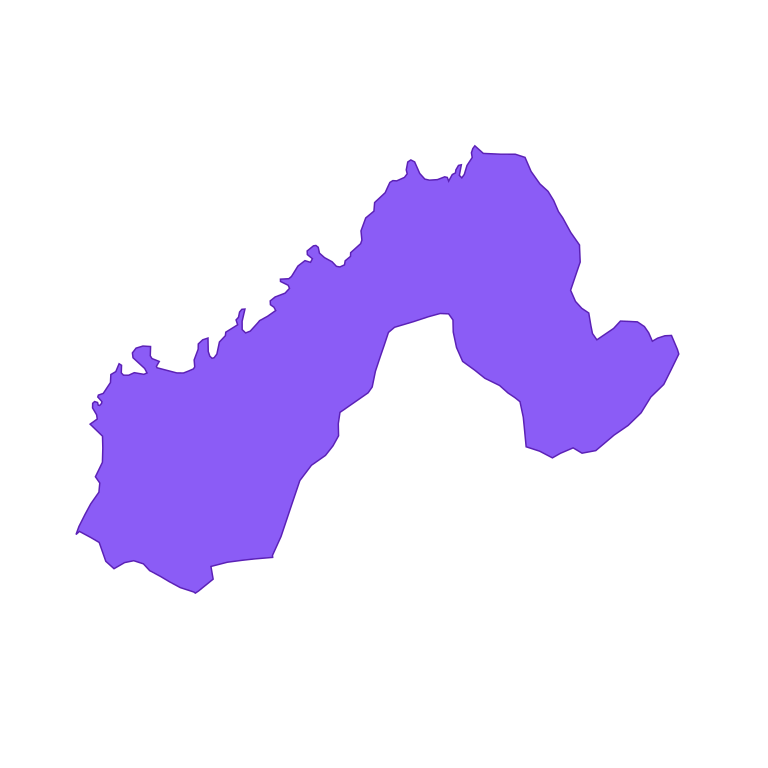 Chongjin City, Hamgyŏng-bukto, North Korea, rotated 198°
{"feature_id": "82179303B21659587132529", "entity_name": "Chongjin City", "entity_type": "district", "adm_level": 2, "iso_a3": "PRK", "parent_name": "North Korea", "parent_adm1": "Hamgyŏng-bukto", "projection": "orthographic", "projection_center": [129.876, 42.022], "detail": "fine", "context": "isolated", "style": "filled", "palette": "violet", "viewbox_px": 768, "rotation_deg": 198, "n_neighbors": 0, "source": "geoboundaries", "source_scale": "gbopen_adm2", "svg_char_len": 3231}
<svg xmlns="http://www.w3.org/2000/svg" viewBox="0 0 768 768"><g transform="rotate(198 384 384)"><path d="M498.8,126.8L496.5,129.7L486.2,145.6L492.2,157.0L477.9,166.1L463.6,172.9L453.4,177.5L436.3,184.7L437.1,186.6L434.8,207.1L434.7,218.4L434.5,241.2L434.2,266.2L427.9,284.3L417.6,298.0L413.4,309.4L411.2,320.7L415.2,332.1L417.1,343.4L406.7,357.1L396.4,370.7L394.3,377.5L396.1,393.5L396.0,409.4L395.8,420.7L395.7,434.4L391.5,441.2L375.1,452.5L362.7,461.6L352.4,468.4L344.2,470.7L338.2,466.2L334.2,454.8L326.3,441.1L316.2,429.8L302.0,425.2L289.8,420.6L273.6,418.3L263.4,413.8L255.3,411.5L249.2,409.2L241.3,395.5L237.3,386.4L229.4,368.2L227.4,368.2L223.3,368.2L215.2,368.2L201.0,365.8L194.8,372.6L184.4,381.7L174.3,379.4L162.0,386.1L149.4,406.5L139.0,420.1L130.6,436.0L126.2,454.1L117.8,470.0L115.4,485.9L112.9,503.6L115.6,507.5L125.6,519.0L131.7,516.7L137.9,512.2L142.0,507.6L148.1,514.5L154.1,519.1L162.2,521.4L170.4,519.2L178.6,516.9L182.8,507.8L195.2,491.8L201.3,496.4L205.2,503.3L211.2,514.8L219.3,517.1L227.4,521.7L235.5,530.8L235.3,546.9L235.1,560.6L240.5,575.1L241.0,576.6L253.2,585.8L265.3,597.2L271.3,601.8L279.4,611.0L287.5,617.9L297.6,622.5L309.8,631.6L319.9,643.1L330.1,643.1L344.4,638.5L360.8,634.0L371.2,638.6L372.3,635.4L372.3,630.9L370.1,626.7L372.6,617.5L372.4,608.2L373.7,604.1L376.8,605.7L378.2,616.4L380.7,614.9L381.8,609.9L381.3,606.8L383.8,604.3L385.2,596.9L387.6,600.0L390.3,599.8L396.3,594.9L403.8,591.9L408.5,591.5L415.1,595.3L423.5,604.7L427.7,605.4L430.0,602.5L429.0,594.5L426.9,591.1L428.4,586.8L434.7,581.1L438.4,580.2L440.7,577.5L441.5,570.9L442.0,566.3L449.0,553.7L447.0,545.3L452.7,536.3L453.2,522.5L449.5,514.0L449.6,510.2L456.3,498.6L455.3,495.0L459.0,489.2L458.4,485.1L462.1,481.7L465.6,481.2L468.7,482.9L471.1,484.2L479.6,485.8L485.8,488.5L488.8,493.7L491.6,494.7L493.8,493.6L498.2,486.8L496.9,483.4L490.8,481.0L491.5,477.0L497.3,476.9L502.3,469.6L505.2,457.7L507.1,454.7L514.9,451.7L514.1,449.5L505.7,448.3L503.4,445.8L503.7,445.2L506.2,439.8L514.4,433.2L517.9,427.9L516.5,424.3L512.4,423.0L509.7,420.4L515.7,412.4L521.9,405.8L522.7,403.7L527.5,393.0L531.4,389.8L535.7,391.9L538.3,399.8L539.4,412.3L542.3,411.1L543.6,407.8L543.0,402.5L544.5,399.2L541.5,395.1L543.9,392.2L550.5,384.4L549.8,380.9L553.5,373.1L552.2,360.8L553.7,356.5L555.5,355.3L558.3,356.7L561.2,360.6L565.6,373.3L570.1,370.0L573.0,364.7L571.5,359.7L572.0,348.2L569.3,341.8L569.9,339.5L573.6,336.2L578.1,332.5L584.4,330.5L604.9,329.3L605.9,330.5L604.7,336.0L612.5,336.5L615.0,338.6L617.3,346.6L617.6,347.5L625.0,345.6L630.9,341.5L632.9,335.8L630.8,331.4L616.4,324.8L612.8,321.3L615.3,319.0L625.0,317.6L629.6,313.4L634.5,311.9L637.3,313.4L639.4,320.7L642.2,321.4L642.9,312.9L646.7,308.6L645.3,303.4L644.6,300.9L648.1,288.3L652.2,285.2L652.2,283.2L646.9,280.1L646.6,278.3L647.8,275.7L649.2,275.5L650.7,277.9L653.8,277.9L655.1,275.6L653.8,271.2L647.8,265.9L645.9,262.1L651.1,255.0L635.6,247.4L631.6,236.1L627.6,222.5L629.8,206.6L623.7,202.0L621.7,193.0L625.9,179.3L628.0,167.9L630.1,154.3L630.4,145.7L628.1,149.7L616.0,147.5L605.9,145.3L593.8,129.4L583.7,124.9L575.5,134.0L567.4,138.6L557.2,138.6L549.2,134.1L537.0,131.9L526.9,129.6L514.8,127.4L500.6,127.4L498.8,126.8Z" fill="#8b5cf6" stroke="#5b21b6" stroke-width="1.5"/></g></svg>